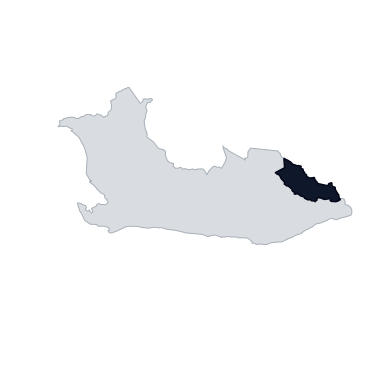 Puno highlighted on a map of Peru, rotated 299°
{"feature_id": "PER-573", "entity_name": "Puno", "entity_type": "Department", "adm_level": 1, "iso_a3": "PER", "parent_name": "Peru", "parent_adm1": "", "projection": "equal_earth", "projection_center": [-69.98, -15.156], "detail": "fine", "context": "in_parent", "style": "filled", "palette": "ink", "viewbox_px": 384, "rotation_deg": 299, "n_neighbors": 0, "source": "natural_earth", "source_scale": "10m", "svg_char_len": 8043}
<svg xmlns="http://www.w3.org/2000/svg" viewBox="0 0 384 384"><g transform="rotate(299 192 192)"><path d="M254.0,111.2L253.9,112.3L252.9,112.8L252.0,112.1L250.6,112.3L248.6,109.8L243.8,110.2L241.6,113.1L238.4,113.7L234.9,115.1L230.9,115.7L224.7,120.3L223.3,122.2L220.5,125.0L218.2,125.9L217.0,134.4L214.8,139.3L213.9,142.0L215.1,146.1L215.1,148.1L213.9,149.7L212.8,149.9L210.7,151.6L207.5,155.3L207.0,158.2L208.0,162.0L207.7,162.4L205.0,163.1L205.1,165.2L204.6,166.1L206.8,169.1L208.0,169.8L208.1,170.6L207.9,171.3L207.4,171.7L207.4,172.3L209.0,174.6L210.2,179.1L212.5,181.3L212.5,182.7L213.2,184.1L214.4,185.2L217.2,189.7L217.3,191.8L214.4,196.6L219.2,196.6L224.5,198.2L225.3,199.0L225.9,201.2L226.0,202.6L227.1,203.7L227.0,206.3L234.0,206.4L238.5,205.7L245.8,197.7L247.0,197.0L246.3,198.8L246.3,200.0L246.7,201.4L245.8,203.4L245.8,222.9L247.1,221.8L248.8,223.7L250.0,223.7L254.1,221.5L258.7,221.9L269.6,247.3L268.6,249.0L268.7,250.3L267.3,251.4L266.0,253.5L265.9,263.5L264.8,266.6L265.4,268.2L266.0,271.4L267.0,273.3L267.3,274.5L267.1,275.0L265.6,276.1L265.5,277.9L262.8,281.5L262.3,283.9L261.3,284.7L261.1,287.4L263.6,291.9L262.0,294.5L260.6,298.4L263.0,306.7L264.0,307.9L265.1,307.8L266.7,308.5L267.5,309.7L265.6,311.3L265.2,312.0L265.4,314.7L263.2,316.7L260.3,321.9L259.6,322.2L258.1,323.7L257.8,324.5L258.1,325.2L259.3,326.8L259.5,328.6L257.4,331.0L255.9,331.2L255.4,331.8L256.0,335.0L255.9,336.5L255.5,338.1L254.5,339.9L251.4,341.9L248.6,342.2L243.8,337.5L242.3,335.5L237.5,331.5L236.8,327.3L235.2,325.2L232.2,323.7L229.9,321.5L228.2,320.5L223.9,315.7L219.9,314.2L212.6,309.2L208.6,307.5L203.5,302.9L200.8,301.6L198.6,299.4L191.9,294.7L190.9,293.2L189.8,290.9L188.3,289.6L186.7,286.4L184.2,284.5L181.8,282.1L178.8,275.4L177.4,273.9L177.3,270.9L176.3,269.5L177.7,268.5L178.6,263.8L178.1,261.5L174.6,255.2L174.0,252.5L171.5,247.7L170.5,244.8L168.5,242.7L167.7,240.8L166.6,240.1L166.5,237.8L165.7,233.6L164.6,231.4L160.6,227.4L160.2,223.1L159.3,220.0L153.7,207.7L150.4,195.9L147.7,189.4L146.6,185.6L146.5,183.5L144.4,180.0L143.3,176.8L138.8,170.7L136.2,163.8L135.8,161.8L134.0,158.0L131.1,153.1L129.7,151.1L121.1,145.0L117.0,141.3L116.5,139.4L116.7,138.3L117.6,137.3L118.8,138.1L119.5,137.8L120.1,136.4L120.1,134.4L119.4,131.7L116.6,126.6L117.3,124.3L114.4,118.4L115.1,112.7L115.7,111.2L119.8,105.4L121.0,102.9L122.8,101.3L124.6,99.0L126.8,97.2L127.4,97.8L128.1,100.9L128.0,103.0L128.6,105.3L127.1,107.4L125.4,107.0L124.8,107.5L124.5,108.5L124.8,110.1L125.2,110.7L126.5,110.8L124.8,113.8L125.0,114.4L126.1,115.0L127.2,114.2L128.4,112.5L129.1,112.2L133.3,115.2L135.3,114.9L136.8,116.2L137.0,118.4L139.1,122.7L142.2,123.7L142.7,123.4L143.4,121.8L144.1,121.5L144.3,119.1L147.0,116.6L147.4,114.9L147.0,113.7L147.0,112.7L148.6,107.1L149.1,106.5L149.6,104.7L150.2,103.6L151.1,97.4L151.8,97.4L152.5,98.9L153.4,98.5L152.9,97.1L153.1,96.6L156.1,91.6L157.0,90.5L171.5,83.5L178.7,76.4L185.1,66.5L187.1,56.4L187.8,57.1L189.1,56.9L188.6,52.8L188.9,50.9L188.9,50.3L186.9,47.9L186.1,45.2L184.3,43.7L184.4,43.2L186.3,43.7L187.9,43.5L189.4,41.8L190.4,42.0L192.8,44.2L194.6,44.4L195.1,46.1L196.8,47.2L199.3,50.7L200.4,54.5L200.3,55.2L201.4,57.2L203.7,58.2L206.1,60.9L208.5,61.8L209.6,64.3L210.3,65.1L210.6,66.6L210.3,68.3L210.6,69.2L212.4,70.7L214.0,70.7L214.3,71.4L215.2,75.6L214.6,77.7L214.8,78.8L216.8,79.9L217.4,80.8L219.0,80.9L221.3,80.1L224.1,81.3L226.3,80.9L227.3,80.5L228.3,79.6L229.2,79.6L231.4,77.0L232.0,76.8L234.4,77.9L236.4,79.8L238.9,79.4L239.9,78.3L241.7,77.7L244.9,79.9L245.6,81.0L246.5,81.2L250.0,83.4L250.6,84.3L252.4,85.1L252.8,85.8L252.7,86.7L244.5,103.7L247.1,105.1L249.4,104.3L250.6,105.4L251.5,108.2L253.4,110.0L254.0,111.2Z" fill="#d9dde1" stroke="#a8b0b8" stroke-width="1"/><path d="M266.0,255.9L266.1,256.2L266.0,258.1L266.0,258.8L266.2,260.1L266.0,263.2L266.1,263.6L266.0,264.0L265.9,264.4L265.8,264.6L265.5,265.0L265.4,265.2L265.4,265.4L265.4,265.6L265.4,265.8L265.3,266.0L265.2,266.0L264.8,265.9L264.6,265.9L264.5,266.3L264.7,266.8L265.4,267.5L265.5,267.7L265.5,267.9L265.4,268.1L265.4,268.4L265.4,268.6L265.6,269.2L265.8,269.6L265.8,270.2L265.8,270.8L265.9,271.3L266.1,271.6L266.7,272.2L266.8,272.4L266.9,272.6L267.0,273.2L267.3,274.3L267.3,274.9L267.1,275.2L266.3,275.3L265.9,275.5L265.6,275.8L265.5,276.0L265.5,276.4L265.5,277.0L265.6,277.3L265.8,277.6L265.8,277.9L265.6,278.2L264.8,278.8L264.5,279.0L264.1,279.7L264.0,279.8L263.8,279.9L263.7,279.9L263.7,280.2L263.7,281.0L263.4,281.1L263.1,281.1L262.8,281.1L262.7,281.4L262.6,283.5L262.4,284.0L262.2,284.1L261.6,284.4L261.3,284.6L261.2,284.8L261.2,285.1L261.2,286.4L261.2,286.5L261.0,287.1L260.9,287.5L261.0,287.7L261.3,288.1L261.5,288.3L262.2,289.7L262.4,290.0L263.1,290.7L263.3,290.9L263.6,291.5L263.9,291.8L263.8,292.1L263.7,292.3L263.4,292.3L263.1,292.3L263.0,292.9L262.6,293.1L262.3,293.4L262.1,293.7L262.1,294.0L262.2,294.5L261.8,294.8L261.7,294.9L261.5,295.2L261.4,295.5L261.4,295.9L261.4,296.2L260.6,297.7L260.5,298.2L260.5,298.7L260.7,299.2L261.2,300.8L261.7,302.5L262.2,304.2L262.7,305.9L263.0,306.7L263.4,307.4L263.6,307.7L263.9,307.9L264.2,308.0L264.5,308.0L264.6,307.9L264.9,307.7L265.0,307.6L265.5,307.8L265.9,307.7L266.1,307.9L266.6,308.6L267.2,308.9L267.5,309.2L267.6,309.6L267.4,310.2L266.0,310.9L265.6,311.1L265.3,311.6L265.2,311.9L265.2,312.2L265.2,313.2L265.1,313.7L265.2,314.0L265.5,314.5L265.4,314.8L265.2,315.1L265.0,315.3L264.3,315.8L264.0,315.9L263.6,315.9L263.4,316.1L263.3,316.3L263.1,317.2L262.9,317.5L261.7,319.2L261.4,320.1L261.2,320.3L260.7,320.7L260.6,320.8L260.6,321.0L260.8,321.2L260.7,321.5L260.5,321.9L260.1,322.0L259.8,322.1L259.5,322.3L259.1,322.6L258.5,323.4L258.4,323.4L258.2,323.4L258.1,323.5L258.0,323.8L257.8,324.7L257.6,325.1L257.4,325.2L257.0,325.3L256.9,325.3L256.7,325.2L256.5,324.9L256.4,324.8L256.3,324.4L256.2,324.3L255.9,324.4L255.7,324.5L255.4,324.4L255.1,324.1L254.9,323.9L254.7,323.9L254.4,323.6L254.0,323.1L253.7,322.9L253.4,322.7L253.1,322.2L252.4,320.6L251.7,319.1L251.4,318.4L251.4,318.2L251.4,317.9L251.4,317.4L251.5,317.2L251.8,316.9L252.2,316.8L252.3,316.8L252.4,316.7L252.8,316.2L253.2,315.7L253.3,315.5L253.0,314.9L252.3,314.8L252.2,314.7L251.8,314.3L251.2,313.5L251.0,313.1L250.8,312.7L250.7,312.6L250.6,312.4L250.1,312.0L249.9,311.8L249.7,311.3L249.5,310.3L249.3,309.7L249.4,309.2L249.4,308.9L249.6,308.3L249.6,308.1L249.6,307.9L249.4,307.7L249.0,307.4L248.8,307.2L248.8,306.8L248.8,306.3L248.8,305.8L248.8,305.6L248.7,305.4L248.6,305.2L248.4,305.1L248.1,305.1L247.5,305.0L246.7,304.4L246.3,304.6L246.2,304.7L246.0,304.9L245.9,305.0L245.5,305.2L245.3,305.2L245.0,305.1L244.7,304.9L244.0,304.3L243.9,304.2L243.6,304.0L243.3,304.1L243.4,303.6L243.5,303.2L243.4,302.8L242.9,302.3L242.8,302.0L242.6,301.4L242.5,301.2L242.4,301.1L242.3,300.8L242.3,300.6L242.3,300.3L242.6,299.7L242.7,299.3L242.6,299.1L242.5,298.8L242.4,298.6L241.9,298.1L241.8,297.9L241.4,297.3L241.3,297.1L241.3,296.9L241.3,296.3L241.4,296.1L241.4,295.9L241.3,295.7L241.2,295.5L241.1,295.3L241.1,295.0L241.2,294.0L241.1,293.5L241.3,293.3L241.6,293.2L241.8,292.7L241.8,291.4L241.7,290.9L241.6,290.5L241.5,290.2L241.4,290.1L241.4,289.9L241.3,289.6L241.4,289.3L241.4,289.1L241.5,288.8L241.5,288.7L241.3,288.3L241.3,287.9L241.4,287.6L241.7,287.0L241.7,286.7L241.6,286.4L241.5,285.9L241.5,285.6L241.5,285.4L241.6,284.6L241.6,284.4L241.2,284.1L240.9,284.1L240.7,284.0L240.5,283.9L240.3,283.6L240.0,283.0L240.0,282.9L240.0,282.7L240.0,282.3L240.3,282.3L240.6,282.2L240.8,282.1L240.9,281.9L241.1,281.7L241.3,281.4L241.5,281.2L241.6,280.9L241.5,280.5L241.4,280.2L241.5,279.7L241.7,279.0L241.8,278.8L242.6,278.8L242.7,278.7L242.8,278.6L242.8,278.4L243.2,276.4L243.4,275.8L243.5,275.5L243.8,273.3L243.8,272.9L243.6,272.6L243.5,272.4L243.4,272.2L243.3,271.9L243.5,270.6L243.6,269.7L243.7,268.9L243.9,268.8L244.8,268.6L245.2,268.4L245.3,268.3L245.5,267.8L246.7,264.2L247.0,263.4L247.2,263.1L247.4,262.7L247.8,262.3L248.5,261.3L248.7,261.0L249.0,260.0L249.1,259.6L249.1,259.4L249.1,259.2L248.9,258.2L248.9,257.6L249.3,255.8L249.5,255.6L257.8,261.0L258.2,261.1L258.4,261.0L266.0,256.0L266.0,255.9Z" fill="#0f172a" stroke="#020617" stroke-width="1.5"/></g></svg>